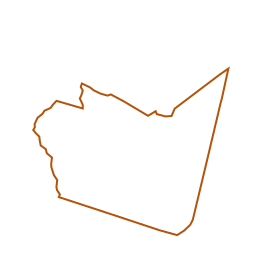 the district of Japi, Rio Grande do Norte, Brazil, rotated 288°
{"feature_id": "56859067B28564243128765", "entity_name": "Japi", "entity_type": "district", "adm_level": 2, "iso_a3": "BRA", "parent_name": "Brazil", "parent_adm1": "Rio Grande do Norte", "projection": "equal_earth", "projection_center": [-35.887, -6.423], "detail": "fine", "context": "isolated", "style": "outline", "palette": "amber", "viewbox_px": 256, "rotation_deg": 288, "n_neighbors": 0, "source": "geoboundaries", "source_scale": "gbopen_adm2", "svg_char_len": 791}
<svg xmlns="http://www.w3.org/2000/svg" viewBox="0 0 256 256"><g transform="rotate(288 128 128)"><path d="M131.7,51.6L126.5,49.2L123.2,48.2L118.6,43.2L114.9,42.2L109.7,38.8L102.8,38.0L99.9,39.2L96.8,38.5L94.4,42.2L92.4,46.3L88.5,48.1L84.4,50.4L82.5,56.3L78.9,58.6L76.4,64.8L69.9,66.1L67.1,67.2L60.3,72.1L56.6,76.8L49.9,78.1L47.1,79.6L43.8,83.7L40.9,83.6L40.8,133.2L40.5,189.8L41.3,207.8L47.9,213.2L55.2,217.1L60.7,218.0L131.1,212.4L140.5,211.6L147.1,211.1L181.1,208.3L184.5,208.2L215.5,205.1L207.4,198.9L160.8,166.4L152.9,165.7L150.6,160.1L150.1,151.1L152.5,149.1L145.8,143.3L152.1,115.5L154.6,101.3L152.5,98.5L152.2,91.3L153.2,84.0L154.9,79.1L156.1,70.4L152.4,70.4L149.7,73.4L144.8,73.5L141.2,73.1L135.9,77.9L132.6,78.9L131.7,51.6Z" fill="none" stroke="#b45309" stroke-width="2"/></g></svg>